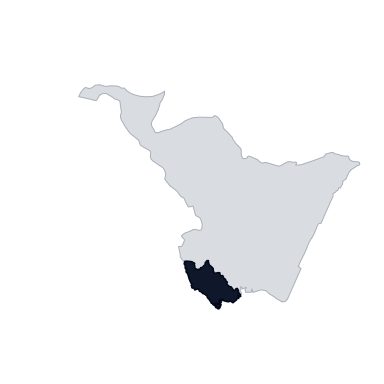 where Sud-Ouest sits in Cameroon, rotated 294°
{"feature_id": "CMR-799", "entity_name": "Sud-Ouest", "entity_type": "Province", "adm_level": 1, "iso_a3": "CMR", "parent_name": "Cameroon", "parent_adm1": "", "projection": "albers", "projection_center": [9.217, 5.228], "detail": "fine", "context": "in_parent", "style": "filled", "palette": "ink", "viewbox_px": 384, "rotation_deg": 294, "n_neighbors": 0, "source": "natural_earth", "source_scale": "10m", "svg_char_len": 7530}
<svg xmlns="http://www.w3.org/2000/svg" viewBox="0 0 384 384"><g transform="rotate(294 192 192)"><path d="M97.2,258.1L97.9,256.1L103.3,247.0L106.6,232.4L108.2,229.0L109.7,226.7L117.5,218.9L120.5,216.4L124.7,213.6L127.6,207.9L128.7,207.3L130.0,206.8L136.7,201.9L137.3,202.9L137.7,204.0L138.2,204.6L140.4,204.9L143.4,204.9L145.1,204.6L146.0,203.6L146.9,200.9L147.5,200.4L148.2,200.3L151.4,202.1L156.8,207.4L158.2,208.3L158.8,209.4L160.0,214.2L160.7,215.4L161.8,215.9L163.9,215.5L166.1,214.7L168.0,213.4L169.9,211.8L171.2,210.4L171.7,209.3L172.0,205.4L172.4,204.5L179.4,198.8L179.2,198.3L178.0,196.7L177.0,194.9L178.0,193.1L179.1,191.7L183.2,187.0L183.4,183.5L186.6,178.1L188.4,171.0L188.5,169.6L192.7,161.8L197.1,161.0L198.8,159.9L200.8,158.0L202.0,156.2L202.6,154.4L203.0,151.1L203.8,147.3L204.3,144.0L205.6,140.9L207.8,139.4L211.6,138.1L212.2,137.5L212.8,135.4L213.3,128.7L213.9,125.7L217.5,122.3L219.0,117.0L220.4,111.4L224.4,104.7L229.1,98.1L231.3,96.2L233.1,95.4L235.3,95.3L236.7,94.8L241.8,91.5L243.9,90.3L245.5,89.2L245.9,88.2L246.0,86.7L245.5,83.3L246.3,80.7L246.8,76.8L247.0,73.8L246.8,72.8L245.9,71.0L244.3,69.1L241.8,68.0L238.2,67.7L236.4,67.1L235.7,63.6L235.4,61.4L233.0,49.8L237.4,49.8L242.8,51.2L244.1,52.2L244.8,56.2L246.8,58.4L250.2,60.2L252.4,64.0L253.2,69.8L255.1,73.2L255.6,73.7L258.3,80.3L258.5,83.3L258.2,85.3L259.4,87.8L257.8,92.1L257.3,94.8L257.2,98.5L258.2,105.0L259.8,110.0L261.6,114.1L263.4,117.3L266.5,120.7L269.8,123.9L272.9,125.9L270.1,127.1L264.6,127.3L261.5,126.7L260.0,126.6L258.5,127.1L252.7,127.7L246.8,127.5L241.3,126.7L238.0,126.9L235.4,128.9L233.4,131.8L231.5,134.1L232.2,136.7L233.6,138.1L236.5,141.2L239.0,144.2L240.3,146.3L245.4,150.7L250.3,154.6L252.7,156.0L253.5,156.3L256.2,158.5L259.9,162.2L263.3,168.1L268.2,179.8L269.2,180.8L270.9,181.4L271.1,182.6L271.0,184.5L270.5,186.0L266.7,192.2L263.4,194.6L262.5,196.0L261.3,199.6L258.3,206.6L257.0,207.6L254.1,212.4L251.7,218.4L251.1,219.3L250.1,220.0L246.6,221.6L245.4,222.3L243.7,224.2L243.4,225.4L244.3,227.1L245.3,228.4L247.1,228.4L248.1,229.7L248.2,239.0L247.4,240.4L247.4,241.0L247.0,242.6L246.9,244.4L247.2,245.1L247.9,245.6L248.8,246.9L249.4,249.7L250.7,259.7L251.2,261.3L252.2,262.4L255.3,264.5L258.6,267.3L259.6,269.2L260.2,272.2L261.5,274.5L261.5,275.3L261.0,275.7L258.9,275.9L259.6,277.6L261.3,280.6L269.7,289.8L277.7,298.0L279.5,298.5L280.9,298.7L281.5,299.2L282.3,300.4L284.9,303.3L285.4,305.1L284.9,306.7L285.5,309.3L286.0,310.2L285.8,311.1L286.1,314.2L286.9,317.0L288.1,319.3L288.0,320.9L286.4,321.9L285.6,323.4L285.3,325.5L285.8,328.1L287.0,331.1L287.1,332.9L285.2,334.2L283.0,332.1L280.7,330.7L277.1,328.3L273.6,327.4L269.0,327.3L267.0,327.6L263.6,325.7L262.5,325.4L261.0,326.3L260.0,326.3L258.7,326.0L256.1,326.0L255.8,324.6L255.4,324.4L252.6,324.5L251.7,323.3L251.3,323.5L250.2,323.1L247.9,321.4L245.6,322.6L240.6,322.5L215.8,322.6L215.2,321.1L213.9,320.3L211.7,320.2L205.1,320.6L200.0,320.3L196.6,319.7L192.4,319.4L187.2,319.7L181.8,319.7L172.3,319.3L167.0,319.4L167.2,320.4L166.8,321.1L166.5,322.7L132.8,322.8L130.0,321.7L129.2,320.9L128.9,319.5L128.3,319.4L128.8,313.5L129.9,308.6L130.4,304.1L131.9,300.0L131.1,296.0L130.1,294.2L125.0,288.5L127.4,286.4L124.3,286.7L123.6,284.6L122.1,282.0L123.0,281.6L123.9,280.2L126.7,280.6L126.6,280.0L124.2,277.8L124.4,276.8L125.4,275.6L125.0,275.0L123.2,276.3L122.0,276.3L121.0,275.4L120.3,275.3L120.7,276.9L119.8,278.4L118.9,278.9L117.3,278.8L116.0,278.5L115.7,277.6L114.5,277.0L111.1,275.9L108.2,274.7L107.7,271.2L106.5,269.7L106.1,268.0L105.8,266.1L106.2,263.1L105.5,262.6L104.7,262.5L103.4,262.6L102.3,262.4L101.0,260.8L99.8,260.2L100.5,263.2L99.7,264.0L97.6,263.8L96.8,262.6L96.6,261.8L97.5,258.1L97.2,258.1Z" fill="#d9dde1" stroke="#a8b0b8" stroke-width="1"/><path d="M124.3,213.9L125.2,213.8L125.5,213.6L125.9,213.8L126.5,214.8L126.8,215.9L127.1,216.3L128.3,220.2L128.2,221.5L128.0,222.1L128.1,222.9L127.9,223.3L127.7,223.6L127.2,223.6L126.4,223.7L125.9,224.4L123.4,225.9L123.1,226.3L123.0,226.6L123.1,226.8L123.2,227.0L123.3,227.1L123.6,227.5L123.3,228.7L123.4,229.1L123.6,229.3L123.9,229.4L124.2,229.5L124.4,229.8L125.0,230.7L125.6,230.8L126.3,230.7L126.5,230.8L126.7,231.0L126.9,231.4L127.1,231.7L127.4,232.0L128.1,232.4L129.6,232.8L131.2,233.6L132.6,232.8L133.5,233.1L134.8,233.4L135.5,233.7L136.0,234.7L135.9,234.9L135.8,235.1L134.7,235.5L132.8,237.2L132.4,237.7L132.2,238.1L132.0,239.2L131.9,239.7L130.9,242.3L129.9,243.0L129.1,243.2L128.2,244.2L127.9,244.4L127.6,244.4L127.4,244.4L127.1,244.5L127.0,245.0L127.3,245.9L127.7,246.9L128.6,248.1L129.0,248.7L129.4,249.7L129.5,250.2L129.3,250.5L128.4,250.7L128.0,251.2L127.6,251.9L127.4,252.6L127.4,252.9L127.5,253.3L128.1,253.8L128.1,254.1L127.9,254.4L127.6,254.6L127.2,255.2L126.4,256.0L126.1,256.4L126.0,256.7L126.0,257.0L126.0,257.7L125.7,258.3L125.0,258.8L124.3,259.8L124.2,260.7L124.0,260.9L123.8,261.0L123.6,261.0L123.2,260.9L122.7,260.9L122.5,261.1L122.1,261.6L121.3,263.0L121.1,263.7L121.0,265.2L121.0,265.5L121.3,266.2L121.1,266.8L119.4,269.5L119.3,270.2L119.2,270.9L119.7,271.2L121.5,271.5L121.8,271.7L122.0,272.0L122.3,272.6L122.3,272.8L122.1,273.0L121.8,273.3L121.6,273.6L121.3,274.1L121.1,274.3L120.8,274.4L120.5,274.1L120.2,274.2L119.5,275.0L118.5,276.8L118.2,277.4L118.2,277.6L118.1,277.8L117.8,277.9L117.3,278.2L116.5,278.9L116.1,278.7L115.8,277.8L115.9,276.9L116.4,276.3L116.4,276.2L115.8,276.3L115.5,276.7L115.3,277.2L114.5,277.9L113.7,277.8L113.5,277.4L113.6,277.1L113.5,276.8L113.1,276.5L112.8,276.4L112.4,276.4L111.9,276.5L111.7,276.6L111.3,276.5L110.0,275.7L107.8,274.7L107.5,274.4L107.5,273.7L107.9,272.2L108.0,271.5L107.2,270.8L106.6,270.0L106.2,269.0L105.6,265.4L105.7,264.8L106.4,263.7L106.6,263.1L106.1,263.7L105.8,263.9L105.6,263.6L105.7,263.2L105.8,262.9L105.9,262.6L105.8,262.3L105.6,262.1L105.0,261.9L104.8,261.5L104.7,261.2L104.4,261.0L104.2,260.9L104.1,261.2L104.9,262.4L105.1,262.9L104.9,263.3L104.7,263.4L104.4,262.9L103.2,261.9L103.2,262.2L103.2,262.5L103.4,262.7L103.6,262.8L103.2,263.4L103.1,263.5L103.0,263.4L102.5,263.1L102.4,263.0L102.2,262.8L101.8,262.7L101.4,262.4L101.2,262.0L100.9,261.1L99.8,259.5L99.6,258.5L99.2,259.1L99.4,259.8L99.8,260.6L100.4,262.9L100.6,263.1L100.9,263.3L101.2,263.5L101.3,264.1L100.8,264.4L97.7,264.6L97.4,264.5L97.5,264.2L97.8,263.9L98.1,263.6L97.8,263.5L97.5,263.5L97.3,263.6L97.2,264.2L96.7,264.2L96.4,264.2L96.0,263.8L95.9,263.2L96.0,262.7L96.4,262.8L96.5,262.5L97.1,261.6L96.7,261.8L96.4,261.8L96.2,261.6L96.0,261.2L96.1,260.9L96.3,260.5L96.7,260.0L97.5,259.5L97.6,259.3L97.6,259.0L97.5,258.7L97.5,258.4L97.6,258.1L97.8,258.3L97.7,257.3L97.7,256.8L98.0,256.6L98.6,256.1L98.5,255.8L98.4,255.4L98.3,254.9L98.5,254.5L99.2,254.0L99.4,253.6L100.4,252.0L100.7,251.5L101.0,251.0L101.3,249.9L101.5,249.6L102.0,248.8L102.2,248.6L102.5,248.4L102.8,248.4L103.1,248.3L103.2,247.9L103.9,244.5L103.9,244.3L103.7,243.7L103.6,243.3L103.8,242.7L104.3,241.7L104.5,241.1L104.5,240.6L104.4,240.1L104.4,239.6L104.5,239.1L104.9,238.6L105.4,238.1L105.7,237.6L105.9,237.0L105.6,236.4L105.1,235.9L104.6,235.4L104.1,235.0L103.7,234.3L103.9,234.0L104.4,233.6L104.8,233.1L104.9,232.5L104.7,232.0L104.4,231.6L104.4,231.1L104.7,230.7L105.5,230.1L105.9,229.7L106.3,229.3L106.8,229.4L107.4,229.6L107.8,229.5L107.9,229.2L108.0,228.5L108.1,228.3L108.5,228.1L108.8,227.8L109.3,227.0L111.6,224.6L115.1,221.8L115.7,220.9L116.4,219.4L116.7,219.0L117.1,218.9L117.4,218.8L117.7,218.9L118.1,218.8L118.8,218.4L119.5,216.9L120.3,216.5L120.4,216.4L121.4,216.1L121.9,215.8L122.3,215.4L122.9,214.3L123.3,214.0L124.0,213.9L124.3,213.9Z" fill="#0f172a" stroke="#020617" stroke-width="1.5"/></g></svg>